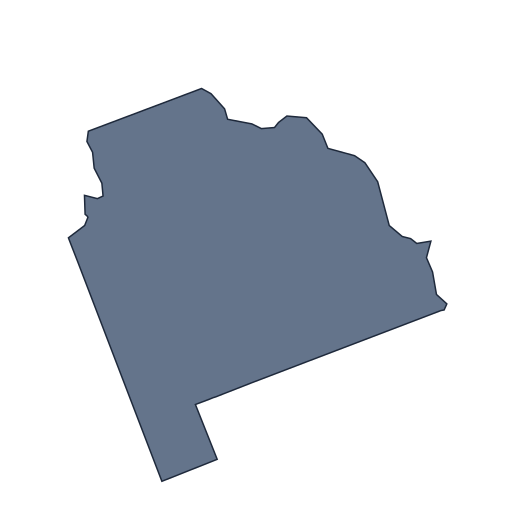 the district of Sauk, Wisconsin, United States of America, rotated 249°
{"feature_id": "52423323B28782339926700", "entity_name": "Sauk", "entity_type": "district", "adm_level": 2, "iso_a3": "USA", "parent_name": "United States of America", "parent_adm1": "Wisconsin", "projection": "mercator", "projection_center": [-89.906, 43.394], "detail": "fine", "context": "isolated", "style": "filled", "palette": "slate", "viewbox_px": 512, "rotation_deg": 249, "n_neighbors": 0, "source": "geoboundaries", "source_scale": "gbopen_adm2", "svg_char_len": 786}
<svg xmlns="http://www.w3.org/2000/svg" viewBox="0 0 512 512"><g transform="rotate(249 256 256)"><path d="M79.4,87.4L80.1,146.9L139.1,146.2L139.0,161.4L139.1,165.2L138.9,168.0L139.0,176.2L139.2,206.1L139.1,265.6L138.8,409.0L138.2,412.3L142.9,417.0L155.4,410.7L177.8,415.1L193.3,414.5L207.2,424.6L210.1,410.6L216.8,406.6L221.8,399.5L236.7,391.3L281.7,396.2L304.0,391.1L314.3,384.0L330.7,361.7L346.0,361.5L367.0,352.7L375.6,335.0L372.6,324.9L369.3,319.3L373.0,306.7L380.8,299.5L393.8,278.5L404.6,279.4L423.6,272.2L431.9,265.2L432.6,144.2L423.5,139.2L411.4,140.6L396.0,136.4L379.2,138.2L366.8,134.7L366.4,128.5L374.1,117.6L356.2,111.4L353.8,112.7L352.4,113.0L345.9,107.0L340.2,87.4L338.2,87.4L333.4,87.4L314.4,87.5L79.4,87.4Z" fill="#64748b" stroke="#1e293b" stroke-width="1.5"/></g></svg>